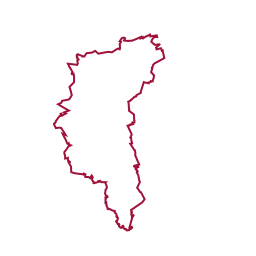 Jiquipilas, Chiapas, Mexico, rotated 150°
{"feature_id": "50627088B19459757665748", "entity_name": "Jiquipilas", "entity_type": "district", "adm_level": 2, "iso_a3": "MEX", "parent_name": "Mexico", "parent_adm1": "Chiapas", "projection": "mercator", "projection_center": [-93.615, 16.574], "detail": "fine", "context": "isolated", "style": "outline", "palette": "rose", "viewbox_px": 256, "rotation_deg": 150, "n_neighbors": 0, "source": "geoboundaries", "source_scale": "gbopen_adm2", "svg_char_len": 5758}
<svg xmlns="http://www.w3.org/2000/svg" viewBox="0 0 256 256"><g transform="rotate(150 128 128)"><path d="M117.9,211.2L118.7,211.3L121.2,211.2L126.4,213.5L130.1,211.8L131.4,212.5L131.2,212.7L134.6,217.0L135.7,217.0L136.0,216.7L135.9,216.3L135.9,216.0L136.7,215.5L136.8,215.4L136.8,214.8L136.5,214.5L137.2,213.6L137.1,213.3L136.7,213.0L136.5,212.2L136.6,211.9L137.0,211.8L137.4,212.0L138.1,211.8L138.5,211.2L138.8,210.5L139.1,209.1L139.4,208.8L140.3,208.3L140.5,208.1L141.3,208.8L147.9,213.7L148.2,210.3L148.0,209.4L148.2,208.8L148.0,207.9L148.1,206.1L148.0,204.6L149.7,203.1L149.5,202.4L148.0,202.3L148.8,199.8L151.9,194.6L158.2,192.8L158.5,191.3L158.5,191.2L159.2,188.2L159.6,187.0L160.2,184.6L162.6,183.2L164.2,182.4L165.8,182.5L171.5,184.5L173.0,183.2L176.7,183.5L172.2,175.5L170.5,172.7L175.6,173.5L175.6,173.1L174.6,171.6L175.3,171.6L175.6,171.7L178.9,171.8L179.1,173.8L178.9,173.9L179.3,174.0L179.6,171.9L181.4,172.5L187.4,169.9L187.9,169.0L188.6,168.8L189.9,168.7L190.3,167.9L190.5,164.0L187.9,163.0L185.9,161.6L185.8,159.3L185.7,157.4L185.5,156.6L185.6,155.7L185.5,153.1L187.5,155.7L187.8,151.6L187.6,151.1L188.3,145.0L188.1,144.8L187.6,144.7L187.9,144.5L188.0,144.3L187.3,143.6L187.2,143.3L187.1,143.1L186.8,143.0L186.7,142.2L186.2,141.6L187.2,141.6L188.0,141.9L188.6,142.0L192.5,140.0L194.8,139.2L195.2,138.9L195.5,138.3L196.1,137.2L196.1,136.0L197.7,132.9L195.0,132.2L196.1,130.1L196.4,128.8L195.4,128.5L195.4,127.3L195.7,127.2L196.7,127.3L196.6,123.3L196.8,123.0L197.0,122.3L197.5,121.5L199.2,118.2L197.5,116.1L193.4,112.8L192.8,112.5L190.2,110.4L190.0,110.1L189.2,110.7L188.0,109.1L189.2,107.9L189.4,106.9L186.8,105.4L185.9,103.6L184.6,104.4L183.2,105.0L183.2,102.8L184.9,102.0L184.9,100.9L185.1,99.8L184.5,97.9L185.3,97.6L185.1,97.2L180.2,96.0L180.4,96.2L180.4,96.4L180.3,96.8L180.0,96.7L179.8,96.4L178.9,96.4L178.6,96.3L178.5,96.2L178.4,94.6L174.3,92.1L174.9,91.9L175.2,91.4L175.2,90.1L175.3,89.6L175.8,87.5L176.1,87.0L176.6,86.5L178.5,85.6L179.1,84.5L180.5,82.9L180.7,82.3L180.7,81.7L180.9,81.2L180.8,80.0L180.8,79.7L181.0,79.3L180.3,79.5L179.8,80.1L180.1,78.8L180.4,78.7L180.7,78.8L180.7,78.5L182.2,79.0L182.2,78.1L182.6,77.7L183.1,77.7L184.2,75.6L183.8,74.9L183.9,74.5L184.3,74.4L184.8,74.7L185.1,74.4L185.1,73.8L184.7,73.2L184.7,72.6L184.8,72.3L185.2,72.0L185.5,71.6L185.6,70.5L185.5,69.8L185.5,69.2L185.8,68.6L186.0,68.5L186.1,68.3L186.1,67.9L185.7,67.5L185.4,67.4L185.0,67.5L184.4,67.1L184.1,66.4L183.5,65.7L183.1,64.9L182.5,64.1L182.1,63.7L181.2,63.1L180.9,62.7L181.1,62.4L181.5,62.2L181.7,61.5L181.6,60.8L181.3,60.3L181.1,59.6L181.1,59.4L181.2,59.1L181.5,58.7L181.5,57.4L181.6,57.2L182.2,57.1L182.4,56.9L182.3,56.5L181.8,56.2L181.7,55.9L181.7,55.2L182.3,54.3L182.6,54.1L182.8,54.2L183.0,54.1L183.3,53.8L183.5,53.3L183.7,53.2L184.0,53.1L184.6,53.2L184.9,53.2L185.1,53.1L185.1,52.7L185.0,52.3L184.7,52.1L184.6,51.4L185.0,50.5L184.9,49.7L184.6,49.5L184.2,49.7L183.9,49.5L183.7,49.2L183.8,48.7L184.1,48.3L184.7,47.8L184.9,47.4L184.8,46.9L184.2,45.3L184.0,45.0L183.5,44.8L181.6,45.9L181.4,45.9L181.2,45.8L181.1,45.2L181.7,43.9L181.7,42.8L181.6,42.5L181.4,42.2L181.1,42.2L180.4,41.7L180.3,41.1L180.5,40.5L180.0,39.7L179.3,39.6L179.1,39.6L178.4,39.1L178.0,39.0L177.5,39.5L177.1,39.6L176.7,39.6L176.5,39.3L176.2,39.1L175.1,39.7L174.8,39.7L174.4,39.5L174.2,39.6L174.0,40.1L174.8,41.3L174.6,40.8L175.0,40.5L175.4,40.4L175.6,40.2L175.9,40.1L176.3,40.0L176.6,40.2L176.7,40.4L176.9,40.5L176.8,40.8L169.0,48.4L166.9,49.5L166.9,49.8L167.0,50.0L167.5,50.1L167.9,49.9L168.5,49.8L168.2,50.2L168.1,51.0L168.5,51.2L168.4,51.5L167.9,52.2L167.2,52.5L166.7,52.9L166.6,53.6L167.0,53.9L166.5,54.4L166.6,54.5L166.4,54.4L166.3,54.6L166.2,54.7L166.0,55.1L166.0,55.3L166.3,55.3L166.2,55.5L165.8,55.4L165.5,55.5L152.8,56.5L149.2,58.0L148.9,65.8L149.6,66.7L149.7,69.9L150.0,71.6L147.2,73.6L144.7,75.2L144.7,75.6L144.6,75.8L144.5,77.1L144.2,77.6L143.8,79.1L142.9,81.1L142.7,82.9L142.6,85.0L142.3,85.0L141.7,85.2L141.4,85.5L141.2,85.9L141.3,86.1L141.8,86.1L141.7,87.6L141.4,87.7L141.4,88.5L141.8,88.4L141.8,89.0L140.8,89.1L138.5,89.1L138.4,89.7L141.3,90.8L141.7,91.2L141.9,91.7L142.0,91.8L141.9,92.0L141.1,92.1L136.5,90.8L136.2,94.6L135.6,98.9L135.5,100.6L134.3,102.3L133.2,105.0L133.5,105.2L133.5,105.5L133.9,113.3L132.1,112.6L131.3,115.6L130.2,118.0L130.7,118.6L128.2,120.3L127.9,121.3L127.2,130.2L126.3,130.0L126.1,130.0L125.9,129.6L124.6,129.4L124.4,129.5L124.1,129.9L123.4,129.4L123.2,129.5L122.9,129.1L122.4,128.9L122.0,129.0L121.7,128.9L121.7,129.3L121.4,129.5L121.5,129.6L121.5,129.8L121.4,130.0L121.4,130.5L121.1,130.4L120.6,129.9L119.7,129.6L119.1,131.0L118.8,131.0L118.7,131.9L118.3,132.3L117.8,133.5L116.1,136.7L118.5,142.4L118.2,142.8L117.9,143.4L117.6,143.5L117.2,145.0L116.5,146.3L115.4,148.4L114.8,150.0L114.6,150.4L114.6,150.6L113.9,150.5L113.2,150.6L112.3,150.5L111.9,150.6L111.5,150.9L111.0,150.7L109.5,151.2L109.1,151.2L107.6,151.5L107.4,151.7L105.9,151.4L106.0,151.6L105.6,151.7L105.2,151.7L103.8,152.2L99.4,152.0L98.5,153.3L91.4,159.8L90.5,158.8L89.0,157.7L87.7,156.4L87.1,157.1L85.9,156.7L84.8,156.5L84.6,157.1L83.3,156.1L82.8,156.7L80.4,158.8L80.2,159.3L79.8,159.9L79.1,160.5L80.1,164.8L76.9,167.7L77.2,168.2L74.7,169.8L74.7,170.0L72.9,170.7L61.6,170.4L59.2,178.0L60.1,178.0L59.6,180.6L63.9,181.8L63.5,183.6L59.0,184.5L59.1,184.9L63.0,186.4L63.9,188.4L64.7,191.1L63.0,192.4L61.8,193.0L59.8,193.7L57.3,192.2L56.8,193.9L62.9,196.2L62.2,197.9L67.4,198.3L70.0,198.1L69.7,199.3L71.0,199.2L72.2,199.3L71.3,200.4L77.7,201.1L81.3,201.7L82.0,202.3L82.8,202.6L84.0,203.2L84.3,203.2L85.0,203.7L87.7,205.8L85.7,207.1L86.1,208.1L88.1,209.0L91.8,207.3L91.0,206.4L91.0,206.0L93.3,204.8L94.0,203.0L94.9,201.2L96.4,199.6L95.5,201.2L96.6,201.4L97.3,201.9L104.1,201.6L107.1,203.9L116.5,207.2L117.9,211.2Z" fill="none" stroke="#9f1239" stroke-width="2"/></g></svg>